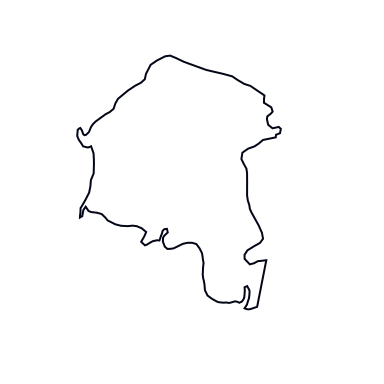 outline of Sarikei, Sarawak, Malaysia, rotated 241°
{"feature_id": "92858781B34394756888936", "entity_name": "Sarikei", "entity_type": "district", "adm_level": 2, "iso_a3": "MYS", "parent_name": "Malaysia", "parent_adm1": "Sarawak", "projection": "mercator", "projection_center": [111.411, 2.079], "detail": "fine", "context": "isolated", "style": "outline", "palette": "ink", "viewbox_px": 384, "rotation_deg": 241, "n_neighbors": 0, "source": "geoboundaries", "source_scale": "gbopen_adm2", "svg_char_len": 2373}
<svg xmlns="http://www.w3.org/2000/svg" viewBox="0 0 384 384"><g transform="rotate(241 192 192)"><path d="M241.3,302.2L256.5,294.5L261.2,290.1L268.0,286.1L273.6,283.3L280.6,276.1L286.9,269.1L292.0,263.5L309.7,248.1L317.0,242.9L321.9,239.0L322.5,237.4L323.7,234.3L324.0,225.0L323.3,217.5L317.7,209.1L313.5,205.4L312.3,200.2L312.5,193.9L311.8,185.3L309.4,172.5L306.7,168.0L302.8,163.8L301.8,158.8L301.9,154.1L300.4,142.0L299.5,138.6L297.9,135.3L294.3,130.8L293.4,127.1L293.8,125.5L295.3,124.9L299.4,125.6L302.2,125.3L302.2,124.0L301.8,122.2L296.7,118.8L292.7,118.3L287.7,118.8L284.7,118.9L281.3,122.6L280.9,125.9L273.7,124.7L267.9,121.9L264.0,119.8L255.9,115.0L251.4,109.3L246.2,105.9L241.3,101.7L238.2,97.1L237.1,95.5L234.6,91.4L233.1,88.9L232.0,86.8L227.9,84.3L225.5,82.5L224.0,81.6L224.1,84.3L226.4,86.2L228.9,88.3L230.7,91.9L225.6,92.3L223.4,94.0L219.9,98.9L216.5,102.3L211.7,103.8L208.1,104.4L201.0,109.2L196.9,113.5L193.2,119.4L191.4,123.7L188.9,127.1L184.7,130.4L179.3,132.5L177.2,130.0L175.6,127.6L173.1,123.4L168.1,125.0L167.8,127.4L168.0,129.7L168.0,131.6L168.0,133.8L166.8,137.9L165.4,140.0L166.6,141.4L169.0,144.0L170.4,145.8L172.2,147.4L172.9,149.7L171.9,152.2L168.4,151.2L167.8,148.8L167.2,146.5L166.2,144.7L162.8,142.5L157.4,141.7L154.1,142.9L152.3,146.6L151.6,148.9L151.1,158.9L149.7,163.6L147.4,167.6L144.3,170.6L139.0,171.3L133.8,171.1L130.8,170.1L126.8,168.5L124.5,167.8L120.5,165.0L114.5,161.3L111.0,159.9L108.2,159.2L104.9,158.0L99.8,155.7L93.9,155.4L89.3,157.5L86.9,158.9L83.2,161.3L81.6,163.4L79.9,165.9L78.8,168.3L76.9,170.8L76.2,173.6L75.5,176.7L74.1,178.3L72.2,179.7L72.0,182.5L73.2,185.1L74.6,186.7L77.4,188.6L80.2,190.4L83.2,191.8L83.0,194.6L78.5,194.6L76.7,193.9L73.9,192.1L71.3,190.2L69.0,187.6L66.9,185.5L64.8,181.6L63.6,182.5L62.2,184.1L61.3,186.2L60.0,193.3L96.3,223.9L99.6,215.9L99.6,211.8L100.7,207.5L108.0,205.6L111.6,207.5L114.1,212.2L114.5,220.6L114.5,226.8L116.7,231.5L122.5,233.4L130.6,234.1L135.7,234.1L144.8,234.1L149.1,234.4L153.2,235.9L157.2,236.6L162.3,238.5L173.9,245.0L182.0,249.4L186.0,250.9L192.2,250.9L196.9,251.2L202.0,255.2L202.7,262.2L201.6,268.7L202.0,273.8L203.1,279.3L199.2,291.7L201.3,293.3L200.8,297.5L204.1,300.3L206.9,299.4L207.6,296.8L208.7,293.3L213.9,291.2L219.5,292.9L221.6,294.5L222.3,298.9L223.2,301.5L227.6,302.4L235.1,298.2L238.8,300.3L241.3,302.2Z" fill="none" stroke="#020617" stroke-width="2"/></g></svg>